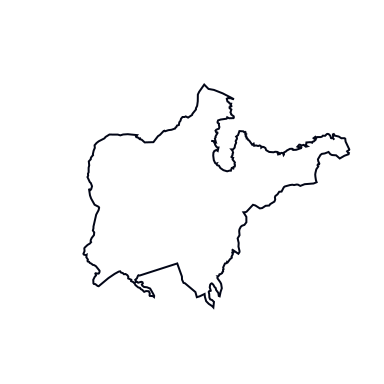 Toba Samosir, Sumatera Utara, Indonesia (Albers equal-area conic projection), rotated 125°
{"feature_id": "22746128B48431928866564", "entity_name": "Toba Samosir", "entity_type": "district", "adm_level": 2, "iso_a3": "IDN", "parent_name": "Indonesia", "parent_adm1": "Sumatera Utara", "projection": "albers", "projection_center": [99.307, 2.386], "detail": "fine", "context": "isolated", "style": "outline", "palette": "ink", "viewbox_px": 384, "rotation_deg": 125, "n_neighbors": 0, "source": "geoboundaries", "source_scale": "gbopen_adm2", "svg_char_len": 6058}
<svg xmlns="http://www.w3.org/2000/svg" viewBox="0 0 384 384"><g transform="rotate(125 192 192)"><path d="M124.9,106.8L121.0,104.2L115.3,97.3L112.5,95.5L111.3,97.2L108.8,99.6L107.0,101.1L105.4,101.9L102.1,103.2L98.7,103.2L98.0,104.6L96.2,104.6L96.1,103.9L95.6,104.1L94.4,106.2L93.0,107.6L88.0,108.0L86.3,107.5L84.3,105.4L80.9,103.1L81.7,100.3L81.4,98.5L79.3,95.0L79.8,90.2L74.8,87.9L71.3,85.4L70.1,85.8L70.3,86.6L69.7,88.3L67.4,87.4L66.9,87.6L62.6,95.1L60.4,97.1L60.5,98.0L62.3,100.5L62.4,103.6L63.9,107.3L63.2,109.1L64.0,109.6L65.8,108.1L67.0,108.0L67.5,105.4L67.0,108.0L67.9,108.5L68.1,109.0L66.6,111.0L66.2,113.1L66.5,114.1L67.3,114.8L69.6,115.2L70.8,117.1L72.1,117.3L73.1,118.0L75.2,121.0L76.3,121.1L76.0,122.6L78.2,123.3L78.3,122.9L77.4,121.0L78.4,120.7L80.8,121.3L81.9,122.2L82.7,121.9L83.4,123.8L85.8,126.7L87.0,126.0L87.8,126.0L88.5,124.4L88.4,123.7L89.6,124.7L89.4,127.6L91.0,128.9L91.3,130.6L91.7,131.3L94.4,131.6L94.2,130.6L92.8,128.6L92.8,128.0L93.5,127.8L97.7,130.9L99.4,133.1L99.6,133.8L99.0,134.3L99.2,134.9L100.5,136.5L103.6,138.1L104.8,138.3L107.1,139.4L108.5,138.2L109.1,138.2L108.4,139.0L108.2,140.1L108.5,141.0L109.4,141.7L110.6,141.8L110.6,142.5L111.8,143.0L111.2,143.9L110.1,143.6L110.3,145.2L111.4,147.0L112.7,148.0L114.9,151.7L115.2,155.2L113.9,157.1L114.0,159.1L114.6,160.2L115.9,160.7L115.0,161.4L115.0,163.2L116.4,164.2L117.1,166.2L118.5,167.6L117.1,169.2L118.8,169.7L117.0,174.7L117.2,175.6L116.5,177.0L116.8,177.8L116.2,178.0L116.0,179.0L115.3,179.3L115.4,180.0L114.9,180.2L114.5,181.1L113.5,180.9L113.5,181.6L112.3,182.5L112.3,182.9L113.1,183.2L112.9,184.8L114.9,188.1L119.0,186.9L121.3,187.6L121.6,186.6L122.6,185.7L125.3,185.4L126.3,184.1L129.0,183.6L131.2,182.5L133.6,182.8L134.5,184.1L134.9,182.5L136.3,180.8L137.7,180.6L138.2,180.0L140.7,179.8L140.8,179.1L140.4,177.9L142.1,177.4L143.2,173.8L144.6,173.3L145.2,172.3L146.6,171.6L147.5,172.3L148.9,171.7L149.0,172.8L149.5,173.2L152.3,172.4L152.7,173.3L154.9,175.1L156.1,178.8L156.1,182.5L155.0,185.0L155.6,186.7L155.1,188.0L154.4,188.1L154.9,188.5L155.0,189.6L153.4,192.4L150.0,195.5L147.5,197.0L145.3,197.2L144.6,196.5L143.6,196.3L143.6,194.5L140.4,195.8L141.0,196.6L140.9,198.1L139.9,200.4L139.1,200.8L138.8,202.2L137.8,202.9L139.1,205.6L137.2,202.2L137.2,201.4L135.1,203.9L133.6,204.0L133.2,204.5L132.1,204.7L129.1,204.9L128.7,205.4L129.3,206.3L128.3,207.9L127.0,207.8L124.7,206.3L123.1,206.8L121.6,208.5L120.5,209.1L120.6,210.6L120.1,211.2L118.4,211.7L116.2,210.1L112.3,205.9L111.7,205.6L110.6,206.0L110.3,203.9L107.7,200.4L107.1,200.4L106.1,201.2L106.0,204.4L105.4,204.8L104.8,206.1L101.8,207.1L101.8,209.2L101.0,209.9L99.2,208.9L98.9,209.2L99.4,209.9L97.2,210.6L97.9,212.0L97.4,213.3L97.5,214.9L95.7,217.0L94.8,216.7L93.0,214.2L92.5,211.9L91.9,210.9L93.6,223.5L95.8,232.6L98.1,237.6L97.0,243.6L105.9,243.6L108.8,243.1L114.4,239.3L118.5,237.2L121.2,236.8L122.1,236.1L127.7,236.5L128.8,236.1L133.3,237.9L133.7,240.5L134.8,241.1L136.0,242.8L138.3,243.0L140.2,242.3L142.1,242.4L144.7,241.2L146.2,242.4L147.7,242.1L148.7,242.5L149.6,242.2L152.8,244.5L154.9,246.8L157.7,248.9L157.6,249.7L158.3,250.2L163.6,251.0L165.8,251.9L173.3,252.2L178.5,259.2L178.0,263.3L178.6,264.9L177.9,265.4L178.6,266.3L178.4,267.9L179.0,269.0L178.7,269.7L176.9,269.6L181.5,277.8L184.4,281.4L186.7,283.2L187.5,285.6L192.3,292.6L196.5,294.4L198.3,294.5L204.0,297.5L206.6,298.3L209.6,298.6L211.6,296.9L214.5,296.3L217.9,294.9L218.5,294.2L220.9,294.5L222.4,294.3L223.2,293.7L226.1,294.1L229.1,291.5L231.4,290.6L235.1,288.0L236.7,287.7L238.2,286.4L239.7,286.2L242.5,281.4L242.7,280.0L244.6,277.2L247.5,276.2L248.6,276.3L248.6,277.4L249.0,277.7L253.3,273.6L255.2,270.9L258.3,264.5L257.7,260.0L258.2,259.0L260.5,258.1L265.5,257.5L276.8,252.9L278.3,251.9L280.4,251.1L281.2,248.9L283.5,247.6L287.1,247.8L289.3,247.4L290.5,246.8L290.9,245.9L292.8,246.1L295.3,247.2L299.2,248.0L299.9,247.9L302.1,246.1L304.9,245.5L305.3,244.8L304.6,242.6L303.9,242.3L306.1,241.1L307.0,238.6L308.2,238.2L308.7,237.6L308.2,236.2L308.7,235.2L308.4,233.1L308.6,231.6L308.0,230.1L307.9,228.1L309.5,222.6L310.5,221.9L312.1,221.6L312.8,222.1L313.8,224.3L314.2,224.4L315.4,222.8L317.5,223.0L320.6,222.5L323.4,220.3L323.6,219.5L322.9,218.3L323.1,215.5L322.7,214.4L310.5,211.1L303.4,208.4L299.3,206.4L298.2,205.4L298.7,203.9L298.1,202.2L298.4,200.6L297.3,199.4L297.2,197.3L297.8,195.7L299.4,194.7L298.7,191.4L299.9,190.8L299.5,188.5L300.1,185.8L300.7,185.0L301.0,181.3L300.4,179.6L300.9,178.3L300.7,176.6L301.2,173.9L299.5,172.8L298.1,170.5L299.2,168.5L301.0,167.5L301.3,167.0L299.7,164.3L299.8,162.9L298.8,163.4L297.9,165.0L295.1,170.9L295.9,174.3L297.3,176.8L297.2,179.0L296.6,180.0L295.0,179.9L294.3,180.9L294.7,182.1L297.2,184.1L297.1,185.4L298.1,186.6L296.9,187.1L296.5,188.1L294.3,187.6L291.7,188.2L290.9,188.1L290.5,187.0L259.0,163.1L267.0,151.8L269.5,149.9L271.3,146.8L270.8,145.5L272.0,131.8L275.4,127.7L273.1,125.9L268.3,123.2L270.4,121.4L273.3,117.8L274.0,114.1L273.9,110.1L274.3,108.3L269.4,111.0L269.0,113.7L269.5,115.5L268.5,117.2L265.7,119.4L264.3,121.0L263.2,121.0L262.3,120.0L262.0,120.1L259.9,122.8L257.6,123.9L256.4,123.9L255.5,123.4L255.7,121.5L256.9,119.0L257.1,117.5L258.4,116.1L259.6,112.5L261.8,110.4L261.6,109.5L257.4,111.3L253.7,112.4L250.6,115.4L249.7,117.0L248.1,121.6L247.4,122.2L246.4,122.2L246.3,122.6L246.0,122.2L245.0,122.0L243.6,122.3L243.1,121.6L241.2,120.8L240.4,121.2L239.3,120.9L237.9,122.0L237.1,121.9L235.9,123.2L231.7,124.0L230.4,122.8L229.1,123.2L229.0,122.4L225.3,122.3L223.0,121.7L222.3,122.5L219.6,122.9L218.4,124.4L218.0,124.2L218.0,123.4L216.8,123.4L216.1,126.4L216.0,118.6L214.2,118.6L213.2,119.1L210.1,122.6L207.0,124.5L203.8,128.0L200.1,128.3L197.0,130.9L195.4,131.7L192.4,132.1L190.8,131.6L188.9,130.2L185.6,130.1L181.2,133.2L179.1,138.2L177.8,136.6L176.8,136.0L167.5,134.7L166.7,132.4L166.5,127.0L164.9,125.3L161.1,123.8L158.8,121.0L157.1,121.0L152.6,119.0L150.5,119.5L148.7,121.1L147.4,121.4L144.8,120.6L141.8,120.7L140.3,118.9L135.4,119.5L134.2,119.1L130.1,115.7L128.5,114.0L127.8,112.4L125.8,110.5L125.2,109.4L124.9,106.8Z" fill="none" stroke="#020617" stroke-width="2"/></g></svg>